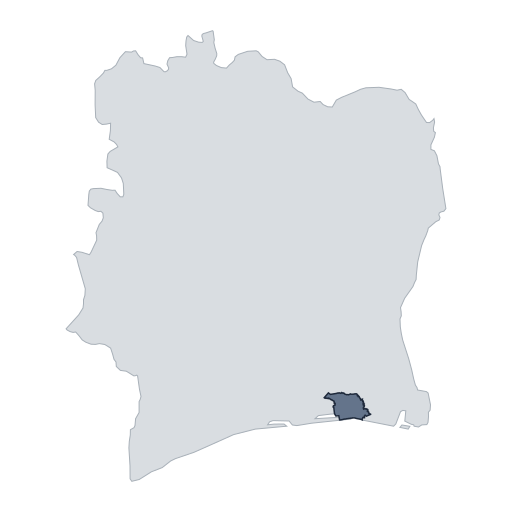 District Autonome D'Abidjan, Lagunes, Ivory Coast (highlighted)
{"feature_id": "98640826B76853064397847", "entity_name": "District Autonome D'Abidjan", "entity_type": "district", "adm_level": 2, "iso_a3": "CIV", "parent_name": "Ivory Coast", "parent_adm1": "Lagunes", "projection": "robinson", "projection_center": [-4.007, 5.412], "detail": "fine", "context": "in_parent", "style": "filled", "palette": "slate", "viewbox_px": 512, "rotation_deg": 0, "n_neighbors": 0, "source": "geoboundaries", "source_scale": "gbopen_adm2", "svg_char_len": 7587}
<svg xmlns="http://www.w3.org/2000/svg" viewBox="0 0 512 512"><path d="M104.9,70.4L106.7,70.4L111.5,68.8L115.9,65.2L119.9,57.7L125.4,51.7L131.6,52.1L133.4,51.0L135.6,50.8L138.1,54.8L140.7,57.8L142.6,57.9L143.9,63.6L155.1,66.0L159.9,67.5L164.0,71.7L165.4,71.8L167.1,70.9L168.4,69.5L168.7,67.9L167.0,64.1L167.8,60.7L169.6,57.7L172.5,57.5L176.8,56.7L181.8,56.7L185.6,57.2L187.0,54.2L185.7,45.7L186.0,41.0L186.7,37.1L188.0,35.5L193.6,40.5L198.7,42.2L202.3,42.4L203.3,41.4L201.8,36.0L202.2,34.4L203.6,33.5L206.0,32.9L212.5,30.7L213.1,31.2L214.3,39.7L213.8,42.5L215.1,48.2L216.8,53.6L216.7,55.8L215.3,59.1L213.6,62.2L213.8,63.4L216.4,65.5L221.3,67.6L226.5,68.1L229.3,65.0L232.3,62.5L234.4,60.2L235.1,56.8L238.3,54.4L247.6,51.3L256.2,50.8L258.2,51.8L262.1,56.5L267.0,59.7L274.5,59.3L279.9,61.2L284.6,64.8L287.7,72.8L291.1,78.6L292.6,86.9L298.0,91.2L302.3,93.1L308.0,99.1L314.0,102.2L320.2,101.5L323.1,104.6L327.7,106.8L332.3,107.0L336.3,100.1L341.7,97.3L355.2,91.8L360.5,89.3L365.9,87.8L379.0,87.3L391.1,89.0L397.1,90.2L401.2,89.3L405.1,92.6L409.1,99.4L412.4,101.6L415.8,104.0L418.3,109.4L421.3,114.8L422.9,117.2L426.5,122.5L429.6,122.6L432.7,120.3L434.0,118.6L434.6,122.1L433.4,127.8L433.7,131.3L435.4,132.6L434.4,137.2L430.9,144.9L430.9,149.4L434.4,150.8L436.9,155.7L438.5,164.0L440.0,166.7L440.1,168.4L442.7,188.5L445.9,208.6L443.9,211.2L441.1,211.9L439.3,212.9L438.8,214.8L440.0,217.5L439.2,220.0L435.8,221.7L428.3,228.1L427.7,230.7L425.7,236.1L424.1,239.4L421.6,245.6L417.7,261.9L416.3,275.4L416.1,279.5L414.6,282.4L412.9,286.6L404.7,298.2L400.5,307.6L401.1,311.8L401.3,315.9L400.0,318.9L400.3,326.8L401.3,333.5L402.7,340.1L408.7,358.7L411.7,369.9L413.7,379.0L415.4,385.1L417.0,387.6L417.6,390.0L426.4,391.6L428.1,393.0L430.5,404.8L430.1,410.2L428.4,412.2L428.5,416.7L428.0,422.4L426.8,424.6L421.8,424.9L418.5,427.0L414.1,426.2L413.7,424.8L411.3,424.3L404.8,421.1L405.8,410.8L402.8,410.4L400.5,411.7L395.8,424.0L393.6,426.2L361.0,419.8L353.9,414.7L345.4,413.5L330.6,414.1L318.4,415.6L315.0,418.7L345.7,416.9L349.1,417.3L350.6,419.1L311.7,423.2L296.8,425.6L292.4,425.0L289.1,421.0L273.0,420.6L269.6,421.8L267.6,424.8L274.0,424.1L284.0,424.0L286.7,426.2L255.3,429.1L233.6,434.6L224.3,438.8L194.0,452.3L175.5,458.6L170.6,461.0L162.2,467.6L151.4,471.8L139.2,479.5L131.8,481.3L130.1,478.8L130.0,465.7L128.9,448.0L129.3,441.3L130.3,435.0L130.4,429.7L134.0,427.7L135.0,425.5L135.6,418.7L139.1,412.5L139.1,401.6L140.2,399.4L141.0,396.5L139.5,389.4L137.6,375.9L136.7,375.1L135.8,375.6L133.9,375.9L126.3,371.2L120.4,370.4L116.3,366.5L116.0,362.0L114.0,359.3L112.6,354.1L110.6,348.1L104.8,344.5L99.4,343.6L95.5,344.4L91.0,344.2L85.8,342.2L82.2,339.9L78.8,335.5L75.7,332.0L73.1,332.4L70.1,331.6L67.1,330.0L66.1,328.8L78.7,314.9L83.0,308.0L83.5,303.9L83.5,299.7L84.9,295.4L85.3,288.8L78.4,264.9L76.6,257.5L74.8,255.3L73.6,254.5L77.1,251.5L82.0,252.3L89.4,254.7L91.0,252.3L96.7,240.2L96.6,235.8L96.0,232.7L99.3,224.4L102.0,221.2L103.3,217.8L102.9,213.1L100.9,211.3L98.3,211.6L95.2,210.5L90.5,207.8L88.0,205.4L88.8,194.5L89.3,191.1L90.9,189.1L93.6,188.6L101.0,188.3L106.9,189.5L112.2,190.3L115.0,190.2L117.2,193.5L120.2,196.8L122.9,196.8L123.8,194.3L123.3,183.5L121.5,177.9L117.5,172.4L107.1,167.7L106.9,161.1L107.9,154.0L110.2,151.4L117.9,146.9L116.6,144.5L114.1,141.9L109.2,139.3L110.4,130.8L110.6,123.2L106.5,124.1L102.2,124.5L98.6,122.2L95.7,117.6L95.1,104.9L95.2,90.3L94.6,83.8L95.8,80.4L99.4,77.2L103.4,73.1L104.9,70.4ZM409.9,426.3L408.2,429.1L399.9,427.4L401.9,425.0L409.9,426.3Z" fill="#d9dde1" stroke="#a8b0b8" stroke-width="1"/><path d="M324.2,397.7L324.4,397.9L324.6,397.9L324.8,397.8L325.1,397.8L325.1,398.1L325.3,398.1L325.5,398.1L325.7,398.3L325.9,398.3L326.0,398.2L326.3,398.2L326.5,398.1L326.8,398.2L327.0,398.4L327.2,398.5L327.3,398.5L327.4,398.4L327.5,398.4L327.9,398.2L328.0,398.2L328.2,398.3L328.4,398.2L328.5,398.4L328.7,398.2L328.8,398.2L329.0,398.3L329.2,398.5L329.4,398.5L329.5,398.6L329.8,398.7L330.1,399.1L330.4,399.3L330.5,399.3L330.7,399.5L330.9,399.6L331.3,399.6L331.4,399.8L331.5,399.8L331.9,399.8L332.0,399.9L332.1,400.2L332.2,400.3L332.3,400.3L334.1,401.2L334.1,401.4L334.0,401.7L334.0,401.8L334.2,402.1L334.2,402.3L334.2,402.6L334.3,402.9L334.2,403.1L334.3,403.3L334.5,403.2L334.5,403.3L334.8,403.2L335.1,403.5L335.2,403.8L335.1,404.0L335.1,404.3L335.0,404.7L335.0,404.8L334.9,404.8L334.8,405.0L334.8,405.4L334.7,405.5L334.3,405.6L334.2,405.6L333.8,405.6L333.5,405.7L333.4,405.9L333.3,406.2L333.3,406.4L333.2,406.5L333.1,407.0L333.8,407.6L334.5,413.6L335.9,416.0L338.8,415.7L339.6,419.9L340.7,419.9L342.8,419.5L344.1,419.1L344.8,419.1L345.7,419.0L346.2,418.9L346.6,418.7L348.0,418.6L349.0,418.4L349.8,418.4L350.7,418.2L351.1,418.1L351.8,418.2L352.3,418.1L352.7,417.8L354.2,418.0L354.7,417.9L356.1,418.4L357.6,418.7L361.0,419.3L362.2,419.8L362.1,419.3L362.9,417.5L364.3,417.7L364.5,417.7L364.5,417.3L364.5,417.0L364.4,416.9L364.3,416.7L364.2,416.6L364.3,416.3L364.3,416.2L365.1,415.2L366.3,416.2L370.6,414.4L370.6,414.2L370.4,414.1L370.1,413.9L369.8,413.9L369.6,413.8L369.3,413.6L369.1,413.6L368.8,413.3L368.7,413.1L368.8,412.7L368.8,412.2L368.7,412.1L368.5,411.9L368.4,411.8L368.3,411.7L367.8,411.7L367.4,411.5L367.3,411.3L367.4,411.1L367.6,410.8L367.8,410.5L367.9,410.4L367.8,410.2L367.9,409.8L367.6,409.4L367.4,409.3L367.1,409.2L366.8,409.0L366.7,408.9L366.5,409.1L366.3,409.3L366.2,409.4L366.0,409.2L365.9,409.1L365.6,408.9L365.4,408.8L365.2,408.6L364.9,408.5L364.4,408.5L364.1,408.6L364.0,408.8L364.0,409.1L364.1,409.3L364.3,409.4L364.4,409.5L364.1,409.4L363.8,409.3L363.6,409.1L363.5,408.9L363.5,408.7L363.6,408.4L363.5,408.2L363.4,408.2L363.4,407.9L363.5,407.8L363.6,407.4L363.5,407.2L364.0,406.7L364.0,406.4L364.0,406.1L364.3,406.1L364.3,405.9L364.2,405.7L364.4,405.6L364.4,405.4L364.2,405.3L364.2,405.2L364.3,405.0L364.3,404.9L364.2,404.8L363.9,404.8L363.8,405.0L363.7,405.0L363.7,404.8L363.6,404.7L363.7,404.4L363.4,404.3L363.2,404.4L363.2,404.2L363.2,403.8L363.2,403.7L363.1,403.4L363.4,403.1L363.5,403.1L363.4,403.0L363.4,402.9L363.6,402.8L363.6,402.7L363.3,402.4L363.2,402.3L363.2,402.2L363.3,402.0L363.4,401.9L363.3,401.7L363.2,401.4L363.1,401.1L362.7,401.2L362.7,400.9L362.6,400.7L362.6,400.4L362.4,400.2L362.5,400.0L362.4,399.8L362.3,399.7L362.0,399.7L362.1,399.4L361.9,399.5L361.7,399.6L361.6,399.8L361.4,399.9L361.2,399.6L360.9,399.9L360.9,400.0L360.7,400.0L360.7,399.9L360.7,399.6L360.6,399.4L360.6,399.2L360.6,398.8L360.5,398.7L360.3,398.6L360.2,398.7L360.0,398.3L360.0,398.2L359.8,397.9L359.7,397.8L359.7,397.7L359.4,397.4L359.4,397.2L359.3,396.8L359.2,396.7L359.1,396.8L359.0,396.7L358.9,396.4L358.7,396.4L358.6,396.2L358.4,396.3L358.4,396.2L358.5,396.1L358.4,396.0L358.3,395.9L358.2,395.7L358.1,395.8L357.9,395.9L357.7,395.9L357.4,395.8L357.3,395.6L357.3,395.4L357.4,395.2L357.5,395.1L357.4,395.0L357.4,394.9L357.3,394.7L357.2,394.6L357.1,394.4L357.0,394.2L356.9,394.1L356.7,393.9L356.4,393.9L355.9,393.8L355.7,393.8L355.1,393.9L354.6,393.9L353.7,394.1L353.1,394.2L352.3,394.2L352.1,394.2L351.1,394.2L350.9,394.2L350.5,393.9L348.5,394.8L348.1,394.7L347.7,394.6L347.4,394.6L347.2,394.6L346.8,394.7L346.7,394.7L345.8,394.4L345.5,394.3L345.2,394.2L344.8,394.1L344.6,393.9L344.4,393.6L344.1,393.4L344.0,393.2L343.9,393.1L343.6,393.3L343.3,393.2L343.0,393.3L342.9,393.2L342.8,392.9L342.7,392.9L342.4,393.0L342.2,392.9L341.8,392.7L341.7,392.6L341.3,393.1L341.1,393.1L340.9,393.3L340.7,393.3L340.4,393.3L340.2,393.1L339.9,392.9L339.7,393.0L339.4,392.9L339.0,393.0L338.9,393.0L338.7,392.9L338.3,393.1L338.2,393.1L337.6,393.0L337.3,393.2L336.9,393.2L336.6,393.4L330.4,394.4L328.4,392.9L324.2,397.7Z" fill="#64748b" stroke="#1e293b" stroke-width="1.5"/></svg>